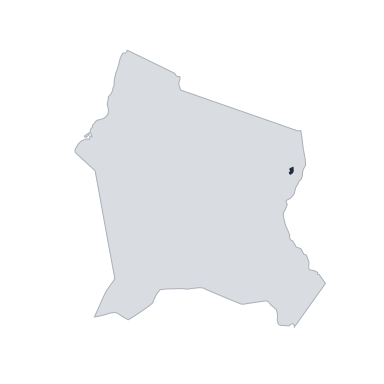 Mumias West, Western, Kenya shown in context, rotated 170°
{"feature_id": "3690345B19078543384145", "entity_name": "Mumias West", "entity_type": "district", "adm_level": 2, "iso_a3": "KEN", "parent_name": "Kenya", "parent_adm1": "Western", "projection": "orthographic", "projection_center": [34.444, 0.279], "detail": "fine", "context": "in_parent", "style": "filled", "palette": "slate", "viewbox_px": 384, "rotation_deg": 170, "n_neighbors": 0, "source": "geoboundaries", "source_scale": "gbopen_adm2", "svg_char_len": 3945}
<svg xmlns="http://www.w3.org/2000/svg" viewBox="0 0 384 384"><g transform="rotate(170 192 192)"><path d="M74.3,233.6L74.2,228.5L74.9,215.7L74.8,204.4L75.5,198.7L78.3,195.1L79.6,192.5L80.5,188.9L81.9,185.9L85.2,183.5L85.8,182.2L89.3,178.1L91.4,173.0L93.0,171.2L95.0,169.6L96.4,168.7L98.7,167.9L100.5,167.4L100.8,167.0L101.0,166.1L100.4,162.9L101.2,161.9L102.4,159.7L103.8,157.7L105.1,156.4L105.8,155.1L106.1,152.9L106.2,151.3L106.1,148.7L105.7,142.7L104.3,137.7L103.3,132.2L104.0,130.3L102.8,127.1L102.3,126.9L101.3,126.2L100.1,123.1L99.2,120.3L98.6,119.6L94.6,117.2L92.7,111.4L90.4,110.1L89.2,104.3L89.0,102.7L90.3,97.0L90.1,95.7L88.8,94.5L85.1,93.2L82.1,90.9L82.5,90.0L82.7,89.2L81.1,88.6L76.5,78.8L82.4,72.9L88.4,67.0L96.1,59.4L103.2,52.5L109.2,46.5L114.7,41.2L114.5,42.2L114.6,43.6L115.2,44.4L116.3,45.0L117.9,44.4L119.3,43.5L120.6,43.4L128.7,45.6L130.1,47.5L130.0,49.6L130.4,51.1L129.8,52.6L129.1,57.2L129.3,61.4L131.7,64.5L133.9,67.0L135.7,70.4L137.0,71.5L138.7,72.0L144.4,72.2L152.7,72.4L160.7,72.6L161.4,72.7L163.1,73.1L170.5,77.8L177.2,82.0L182.9,85.7L188.5,89.3L193.9,92.8L198.0,95.7L202.2,96.6L208.8,97.0L213.5,97.1L217.7,98.4L224.1,99.5L228.8,100.1L231.7,100.7L239.6,101.4L240.9,101.0L244.4,97.8L248.3,92.6L249.8,89.7L254.9,86.8L263.7,82.8L269.9,80.0L276.9,77.2L280.1,79.6L284.4,83.6L286.4,85.5L288.0,86.4L290.3,86.9L293.2,86.9L294.8,86.9L298.0,86.3L305.5,85.9L309.8,85.9L306.2,91.1L302.0,97.4L294.1,108.9L288.0,115.0L283.4,119.5L283.0,120.4L283.1,125.5L283.2,138.0L283.4,162.9L283.5,187.9L283.6,212.9L283.7,225.4L283.7,229.6L287.7,234.9L291.6,240.0L296.8,246.8L299.6,250.4L300.1,251.6L299.9,254.1L295.6,259.1L292.1,261.5L287.3,262.6L285.9,262.4L284.1,261.6L283.3,262.9L282.8,264.8L281.7,264.4L280.9,263.8L281.4,267.2L281.9,268.8L281.2,271.1L278.9,273.1L278.6,274.7L273.6,279.1L266.6,279.6L262.9,281.7L261.2,283.5L259.9,287.4L260.3,293.3L258.3,297.9L258.0,300.1L254.3,303.1L252.7,305.8L251.5,308.6L250.4,309.8L249.1,316.0L247.4,319.8L246.9,321.0L246.5,322.1L245.2,324.3L244.3,325.8L243.7,326.8L239.3,336.5L236.0,340.8L233.3,340.3L231.6,342.0L231.4,342.8L230.4,342.3L228.2,340.8L223.7,337.5L219.2,334.2L214.7,331.0L210.2,327.7L205.7,324.4L201.2,321.2L196.7,317.9L192.2,314.6L189.5,312.7L188.3,311.6L187.4,309.3L187.0,308.8L185.8,308.1L184.3,307.9L183.9,307.5L184.0,306.4L184.5,304.8L186.1,301.8L186.3,300.0L186.0,298.0L185.5,294.8L185.0,294.1L182.0,292.4L175.7,288.9L169.4,285.4L163.1,281.9L156.8,278.3L150.5,274.8L144.2,271.3L137.9,267.8L131.6,264.2L125.3,260.7L119.0,257.2L112.7,253.7L106.3,250.1L100.0,246.6L93.7,243.1L87.4,239.5L81.1,236.0L78.7,234.7L76.6,233.6L74.3,233.6ZM284.0,267.8L282.9,268.1L283.5,266.3L286.7,264.2L288.0,264.7L288.3,265.2L288.2,265.6L287.7,266.1L284.0,267.8Z" fill="#d9dde1" stroke="#a8b0b8" stroke-width="1"/><path d="M91.5,194.8L91.5,194.7L91.7,194.4L91.8,194.4L92.0,194.2L92.3,194.2L92.5,194.2L92.5,193.9L92.4,193.9L92.3,193.7L92.2,193.7L91.9,193.5L92.0,193.5L92.0,193.4L92.0,192.7L91.9,192.7L91.9,192.8L91.7,192.8L91.4,192.9L91.4,193.0L91.4,193.3L91.3,193.5L91.2,193.5L91.2,193.4L91.0,193.5L90.9,193.5L90.7,193.6L90.4,193.7L90.3,193.8L90.2,193.8L89.9,193.9L89.9,194.0L89.7,194.0L89.4,194.2L89.4,194.3L89.3,194.5L89.5,194.6L89.5,194.8L89.5,195.0L89.4,195.2L89.4,195.3L89.2,195.4L89.0,195.5L88.9,195.5L88.7,195.7L88.7,195.8L88.8,195.9L88.9,196.0L89.0,196.1L89.0,196.3L89.0,196.5L89.0,196.8L88.9,196.9L88.8,197.0L88.7,197.0L88.6,197.3L88.7,197.5L88.8,197.6L88.8,197.8L88.7,197.9L88.7,198.0L88.8,198.0L88.7,198.1L88.7,198.3L88.6,198.5L88.8,198.5L88.9,198.4L89.0,198.4L89.2,198.2L89.3,198.2L89.4,197.9L89.5,197.9L89.7,197.7L89.8,197.6L90.0,197.5L90.1,197.4L90.3,197.4L90.4,197.5L90.5,197.6L90.6,197.8L90.7,197.7L90.8,197.7L91.0,197.7L91.3,197.4L91.5,197.4L91.5,197.2L91.4,196.9L91.3,196.7L91.2,196.6L91.1,196.4L90.9,196.2L90.7,195.9L90.8,195.7L90.9,195.4L91.0,195.4L91.0,195.2L91.2,194.9L91.3,194.8L91.3,194.7L91.5,194.7L91.5,194.8L91.5,194.8Z" fill="#64748b" stroke="#1e293b" stroke-width="1.5"/></g></svg>